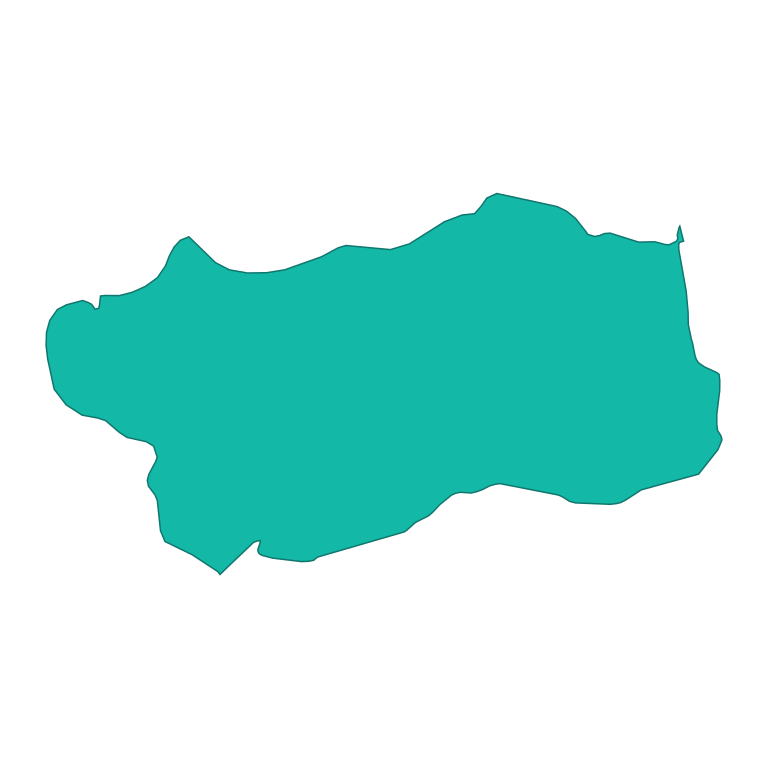 map outline of Aoste (Robinson projection)
{"feature_id": "ITA-5442", "entity_name": "Aoste", "entity_type": "Province", "adm_level": 1, "iso_a3": "ITA", "parent_name": "Italy", "parent_adm1": "", "projection": "robinson", "projection_center": [7.369, 45.725], "detail": "fine", "context": "isolated", "style": "filled", "palette": "teal", "viewbox_px": 768, "rotation_deg": 0, "n_neighbors": 0, "source": "natural_earth", "source_scale": "10m", "svg_char_len": 1903}
<svg xmlns="http://www.w3.org/2000/svg" viewBox="0 0 768 768"><path d="M188.9,236.8L215.4,262.6L229.2,269.8L247.4,273.0L266.8,272.7L284.7,269.8L321.4,256.8L338.0,247.9L345.8,245.5L390.4,249.6L409.4,243.9L444.5,221.7L462.2,215.0L474.6,213.7L481.1,206.3L486.9,198.0L496.8,193.5L557.2,206.6L566.6,211.2L575.5,218.4L586.6,232.5L587.5,234.3L594.8,236.5L599.8,235.5L604.2,233.6L610.1,233.1L638.6,242.1L654.9,241.8L665.5,244.6L669.0,244.8L676.4,241.3L677.8,238.8L677.3,235.0L679.1,227.4L679.8,226.2L683.6,241.2L679.6,242.3L678.7,244.4L678.8,249.7L686.2,291.2L688.1,312.4L688.3,324.6L691.5,339.8L692.6,343.4L695.1,356.0L696.3,359.4L697.9,362.0L699.6,363.6L704.7,367.0L717.0,372.7L719.1,374.4L719.8,380.7L719.7,390.6L716.8,414.3L716.8,424.2L717.6,430.6L720.4,434.9L721.4,437.2L721.9,440.0L717.9,449.7L698.6,474.1L641.4,489.8L625.7,500.0L620.9,502.5L616.3,503.6L610.2,504.3L575.5,502.9L569.7,501.4L562.7,497.0L560.1,495.7L557.3,494.8L499.9,483.6L495.2,484.3L489.8,485.8L481.7,489.9L476.4,491.8L471.2,493.0L460.3,492.3L455.7,493.2L451.5,495.1L439.6,504.8L432.6,512.3L428.7,515.7L416.5,521.9L414.4,523.3L406.7,530.3L404.5,531.8L317.5,557.1L313.6,560.3L308.7,561.3L301.5,561.6L272.5,558.1L262.1,555.4L260.4,554.5L258.8,553.2L258.0,551.4L257.9,550.1L257.9,549.5L260.0,543.2L260.3,540.6L257.2,541.0L253.5,542.4L228.2,566.5L220.0,574.5L218.0,571.7L192.1,554.7L165.0,541.5L160.5,530.8L157.3,500.4L155.0,494.9L148.5,486.2L147.3,480.3L148.9,474.2L155.8,461.3L157.2,457.1L153.6,446.1L146.3,441.7L127.0,437.4L119.1,432.2L105.6,420.6L97.7,418.0L82.2,415.2L66.2,404.9L54.2,389.2L47.6,358.7L47.2,354.7L46.1,345.6L46.5,332.4L49.8,320.3L57.4,309.5L66.5,304.8L82.6,300.5L87.8,302.3L91.7,304.4L95.1,309.2L98.8,308.2L99.5,304.9L100.1,299.8L100.5,296.0L104.6,295.5L119.3,295.6L131.9,292.4L145.4,286.4L157.4,277.7L165.5,265.9L169.3,256.0L174.1,247.1L180.3,240.3L188.9,236.8Z" fill="#14b8a6" stroke="#0f766e" stroke-width="1.5"/></svg>